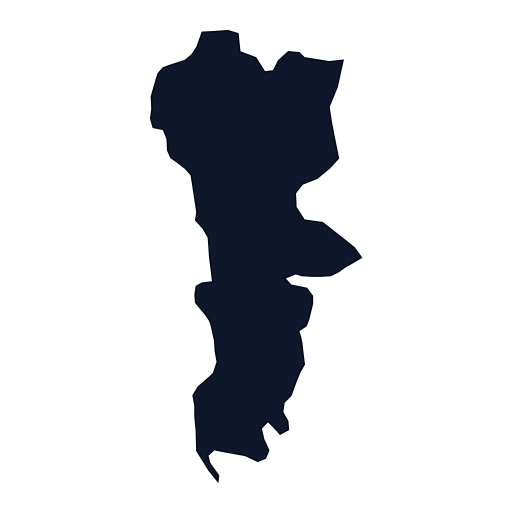 Jangheung-gun, South Jeolla, South Korea (Natural Earth projection)
{"feature_id": "91817680B67324121140218", "entity_name": "Jangheung-gun", "entity_type": "district", "adm_level": 2, "iso_a3": "KOR", "parent_name": "South Korea", "parent_adm1": "South Jeolla", "projection": "natural_earth1", "projection_center": [126.923, 34.646], "detail": "fine", "context": "isolated", "style": "filled", "palette": "ink", "viewbox_px": 512, "rotation_deg": 0, "n_neighbors": 0, "source": "geoboundaries", "source_scale": "gbopen_adm2", "svg_char_len": 1560}
<svg xmlns="http://www.w3.org/2000/svg" viewBox="0 0 512 512"><path d="M202.3,32.3L197.0,47.1L191.9,54.8L185.0,60.6L174.8,63.8L163.4,67.7L158.3,73.4L156.4,79.2L151.4,96.6L152.0,108.8L151.0,116.3L150.7,118.4L153.2,127.4L163.4,129.4L167.2,139.0L167.8,150.6L171.0,157.7L179.2,163.5L185.6,168.6L191.3,175.1L191.9,178.9L197.0,212.4L195.7,220.1L203.3,228.5L208.4,237.5L209.7,256.8L212.8,281.9L202.0,283.2L196.3,286.4L195.1,294.8L195.7,302.6L205.8,314.8L209.7,320.6L211.6,326.4L214.7,340.6L215.4,351.6L217.3,361.9L213.5,373.5L207.1,379.3L198.2,387.0L193.1,395.4L195.0,405.7L195.0,416.1L196.3,430.3L196.9,450.9L207.6,468.0L209.0,470.3L217.9,481.3L218.5,475.5L209.6,463.2L207.7,455.4L214.1,449.6L224.2,451.6L245.2,455.4L249.6,457.4L257.9,461.3L265.5,458.0L268.7,450.3L263.6,439.3L261.1,428.3L268.0,421.2L276.9,430.3L280.1,434.1L288.4,429.6L287.7,421.2L282.6,412.2L283.9,402.5L290.9,395.4L296.6,379.9L299.8,372.2L304.2,364.5L302.3,348.3L301.7,343.2L300.4,336.7L298.5,330.9L306.1,325.8L308.6,319.3L310.5,311.6L312.4,303.8L312.4,296.1L306.7,288.4L300.4,287.1L290.9,285.2L284.5,278.1L295.9,273.6L301.7,275.5L311.8,276.1L321.3,276.1L330.8,275.5L338.5,271.6L344.8,267.1L350.5,263.9L361.3,257.5L354.3,247.8L342.2,238.1L322.6,222.7L304.2,220.1L295.9,207.2L295.3,193.1L302.3,184.1L316.9,178.3L329.5,168.0L338.4,158.3L334.0,136.5L331.4,122.9L328.9,106.9L337.1,86.9L343.0,60.3L329.0,61.8L304.2,57.8L299.3,52.8L288.4,51.8L278.5,60.8L273.5,70.9L264.6,71.9L255.7,57.8L239.8,51.8L237.9,33.7L228.0,30.7L214.1,31.7L202.3,32.3Z" fill="#0f172a" stroke="#020617" stroke-width="1.5"/></svg>